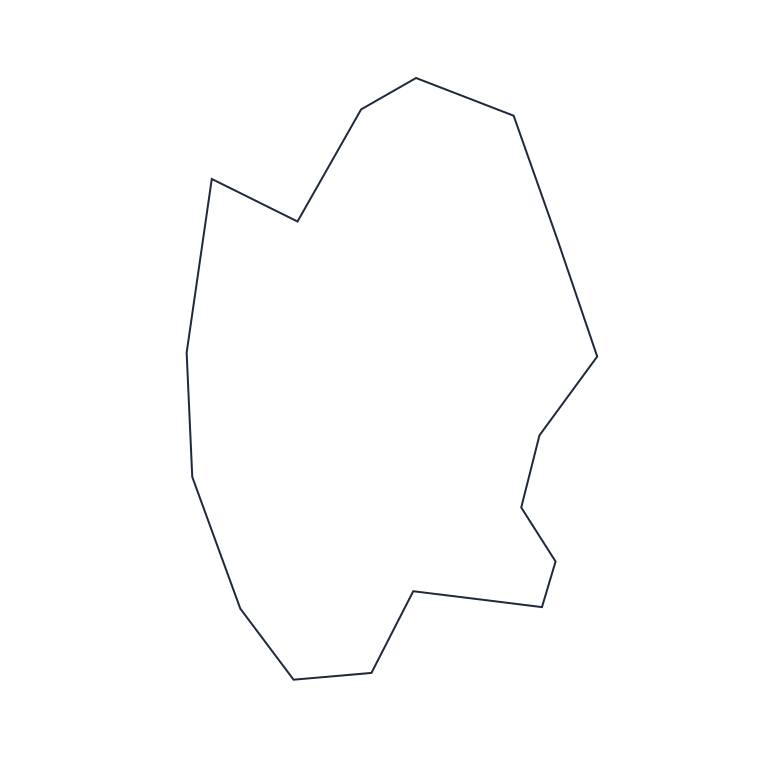 the Urban county of Veszprém, rotated 190°
{"feature_id": "HUN-4909", "entity_name": "Veszprém", "entity_type": "Urban county", "adm_level": 1, "iso_a3": "HUN", "parent_name": "Hungary", "parent_adm1": "", "projection": "robinson", "projection_center": [17.909, 47.119], "detail": "fine", "context": "isolated", "style": "outline", "palette": "slate", "viewbox_px": 768, "rotation_deg": 190, "n_neighbors": 0, "source": "natural_earth", "source_scale": "10m", "svg_char_len": 379}
<svg xmlns="http://www.w3.org/2000/svg" viewBox="0 0 768 768"><g transform="rotate(190 384 384)"><path d="M421.7,77.1L486.5,137.8L556.7,259.2L583.8,380.6L589.2,556.0L497.4,529.0L454.2,650.5L405.6,690.9L302.9,670.7L238.1,556.0L178.8,448.1L222.0,360.4L227.4,286.2L184.2,239.0L189.7,191.7L319.2,185.0L346.2,97.3L421.7,77.1Z" fill="none" stroke="#1e293b" stroke-width="2"/></g></svg>